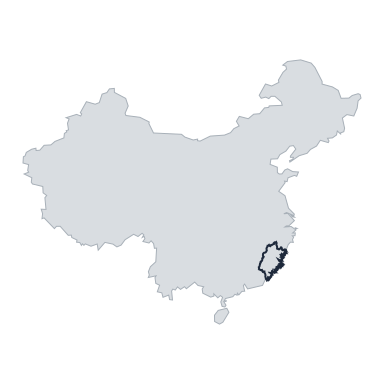 Fujian highlighted on a map of China
{"feature_id": "CHN-1178", "entity_name": "Fujian", "entity_type": "Province", "adm_level": 1, "iso_a3": "CHN", "parent_name": "China", "parent_adm1": "", "projection": "equal_earth", "projection_center": [118.681, 25.949], "detail": "fine", "context": "in_parent", "style": "outline", "palette": "slate", "viewbox_px": 384, "rotation_deg": 0, "n_neighbors": 0, "source": "natural_earth", "source_scale": "10m", "svg_char_len": 9326}
<svg xmlns="http://www.w3.org/2000/svg" viewBox="0 0 384 384"><path d="M210.7,297.1L202.8,293.2L202.2,289.0L203.7,286.7L198.0,285.5L194.7,282.1L186.4,288.7L184.5,286.7L180.5,289.4L177.5,286.9L175.3,290.0L172.8,289.1L171.6,291.0L172.5,300.0L169.6,299.6L168.7,295.1L163.0,297.3L161.8,292.8L157.3,291.8L159.6,285.2L155.8,283.4L155.0,277.6L156.1,275.8L148.3,277.5L149.3,275.0L148.4,271.7L150.4,266.7L155.8,261.8L156.6,248.1L154.4,248.3L153.6,243.6L151.1,240.8L149.0,243.0L142.9,241.5L144.9,238.7L144.2,236.4L142.3,237.4L143.8,234.8L142.1,233.3L138.0,236.5L133.6,234.3L125.1,239.7L121.1,245.1L116.9,246.9L112.9,244.1L104.9,242.4L98.2,250.2L97.2,244.0L91.0,246.2L85.3,243.9L83.9,245.3L82.4,243.8L81.4,245.4L79.8,242.5L76.6,242.2L77.0,240.0L71.8,237.5L71.3,235.1L68.2,235.3L60.2,226.3L56.5,226.3L54.4,228.6L44.1,217.9L42.0,218.7L42.6,213.6L41.2,209.2L46.0,209.4L44.9,197.7L46.7,195.5L43.1,192.8L42.8,186.5L32.5,184.0L31.3,182.2L31.8,177.7L24.1,174.0L28.7,172.2L27.7,170.5L28.6,164.6L23.0,163.0L23.4,156.8L25.1,155.9L26.3,152.4L31.7,149.2L35.9,148.2L36.1,150.5L39.8,150.2L44.1,145.3L50.9,144.9L55.0,141.4L63.9,137.9L64.4,133.4L66.8,131.9L66.2,130.7L68.5,129.9L67.5,123.2L69.1,118.9L66.1,117.7L76.6,114.4L80.7,116.0L81.7,113.9L80.3,112.7L86.4,101.7L95.2,104.2L99.3,102.6L102.1,94.1L106.9,92.6L109.4,88.9L114.3,88.4L114.4,92.4L125.7,98.4L128.2,106.0L125.1,113.2L125.9,115.5L139.9,117.3L149.2,122.0L148.9,123.6L153.5,133.0L181.5,134.3L184.9,137.1L193.2,140.0L197.6,139.1L197.5,140.7L200.1,141.1L210.3,136.1L224.5,135.1L230.5,132.7L233.9,128.6L239.1,126.0L236.4,121.3L239.3,116.4L248.3,118.7L253.7,114.2L259.7,113.7L264.5,107.9L268.7,107.4L269.2,105.9L282.2,105.3L281.4,102.0L274.9,96.3L271.1,96.3L268.8,98.6L265.7,97.1L261.2,98.3L259.2,95.3L265.5,84.0L271.7,86.0L278.9,82.4L278.4,80.1L283.0,72.3L286.5,69.1L285.9,66.1L282.8,65.1L287.5,61.5L300.7,59.9L311.2,63.1L314.9,67.4L322.1,81.4L322.1,84.1L332.4,86.9L338.2,90.4L341.1,98.3L348.9,98.1L352.2,95.5L358.1,93.7L360.1,94.5L361.0,98.1L358.1,100.9L357.1,108.2L353.8,116.0L346.9,114.6L342.4,118.0L344.6,128.3L343.8,131.7L340.3,133.0L341.0,134.4L337.3,131.0L336.5,135.0L332.4,137.9L327.5,138.3L329.0,141.0L328.3,142.6L320.3,140.3L316.5,146.1L310.5,149.4L307.1,153.3L299.2,155.7L289.9,162.1L289.5,160.7L292.7,159.3L293.5,157.3L290.4,157.3L290.4,156.1L295.8,149.1L293.4,145.6L289.7,146.2L285.9,151.1L279.9,154.6L277.5,158.8L270.9,159.1L270.1,164.4L277.3,167.2L277.4,172.6L279.3,174.0L282.0,173.9L284.8,170.0L287.6,168.8L292.7,171.6L298.5,172.0L296.7,176.3L294.4,175.4L288.0,177.8L287.1,181.6L284.5,181.1L285.1,182.7L278.7,191.3L285.0,195.7L288.5,208.2L294.3,214.1L293.9,215.6L286.6,212.5L283.8,213.8L287.8,213.4L294.4,220.6L288.9,225.8L286.3,225.9L284.8,227.0L291.1,226.5L296.0,229.9L292.6,233.0L295.3,232.9L295.0,235.7L292.3,235.8L293.6,237.2L292.5,239.6L293.3,242.4L290.5,242.1L288.2,244.6L284.0,255.6L281.3,254.4L283.1,258.0L280.6,260.3L278.6,259.7L281.5,260.7L281.5,265.6L278.9,265.1L279.5,266.9L277.7,267.0L275.7,271.8L270.8,273.0L272.1,274.8L267.9,280.1L265.2,279.7L262.5,285.4L247.6,288.9L244.6,284.1L243.4,285.6L244.7,291.2L241.9,291.4L238.8,294.9L237.4,293.2L237.1,295.2L234.9,294.3L232.8,296.7L225.5,298.5L223.8,301.7L226.0,305.2L224.9,307.0L222.1,306.4L220.8,301.9L222.6,297.3L220.4,295.6L217.8,297.8L213.8,293.8L213.9,296.1L210.7,297.1ZM226.8,308.3L228.9,312.3L222.9,322.2L219.5,324.1L214.6,321.5L214.5,315.2L218.2,310.4L226.8,308.3ZM294.5,217.2L292.5,216.8L290.7,214.8L292.2,215.2L294.5,217.2ZM297.1,228.4L295.6,228.8L295.3,227.8L297.1,228.4ZM282.8,264.0L282.0,265.2L282.1,263.6L282.8,264.0ZM224.6,301.2L226.1,300.6L226.0,301.5L224.6,301.2Z" fill="#d9dde1" stroke="#a8b0b8" stroke-width="1"/><path d="M286.2,250.3L286.3,251.3L286.0,250.8L285.8,250.7L285.5,250.7L285.7,250.4L285.6,250.2L285.1,250.2L285.2,250.4L285.1,250.5L284.9,250.3L284.8,251.0L285.3,250.6L285.6,251.0L285.8,250.8L285.9,251.0L286.0,251.2L286.3,251.5L286.0,251.5L285.9,251.7L286.1,251.8L285.2,251.6L285.4,252.2L285.1,252.4L285.3,252.7L284.6,252.8L285.2,253.0L285.1,253.4L284.5,253.3L284.3,253.6L284.0,253.5L283.9,254.0L284.5,254.3L284.4,254.7L284.7,254.9L284.4,255.2L284.6,255.5L284.3,255.7L284.2,255.5L283.9,255.8L283.5,255.8L283.4,256.2L283.1,256.5L282.8,256.4L282.9,255.9L283.7,255.5L283.6,255.3L283.8,254.9L284.0,255.0L284.2,254.4L283.3,254.3L283.4,254.6L283.1,255.2L283.2,255.4L282.9,255.5L282.7,255.0L282.6,254.6L282.8,254.4L282.5,254.4L282.6,254.2L282.8,253.9L282.5,254.1L282.3,254.8L282.2,254.7L282.0,254.2L281.9,254.2L281.8,254.6L282.1,255.1L281.5,254.7L281.4,254.3L281.1,254.7L281.1,255.0L281.4,255.1L281.4,255.5L281.0,255.4L281.4,256.1L281.8,255.7L282.2,255.8L282.2,256.0L282.5,256.1L282.4,256.4L282.6,256.6L282.7,257.1L282.5,257.4L282.4,257.4L281.7,256.7L281.2,257.0L281.7,257.2L281.7,257.8L281.9,258.0L282.3,258.1L282.3,257.7L282.4,257.8L282.7,257.3L282.9,257.5L283.5,257.8L283.0,258.2L282.6,258.1L282.5,258.4L282.4,258.3L281.7,258.5L281.8,258.8L281.4,259.3L281.4,259.5L281.2,259.7L280.5,260.8L280.4,260.8L280.3,260.6L279.5,260.3L279.1,259.9L278.4,259.5L278.7,260.0L279.0,260.0L279.3,261.0L279.8,261.1L280.4,261.0L280.9,260.3L281.2,260.3L282.0,260.7L281.8,261.3L281.5,261.6L281.4,261.9L281.3,261.7L281.2,261.7L281.5,262.6L281.3,263.2L281.0,263.1L280.5,263.2L280.8,264.2L281.2,264.2L281.3,264.0L281.2,264.3L281.4,264.5L281.2,264.6L281.4,264.6L281.2,264.8L281.4,264.8L281.6,265.0L281.7,265.6L281.5,265.8L281.3,266.0L281.4,265.7L281.3,265.0L281.0,265.0L281.0,265.4L281.2,265.5L280.7,265.7L280.8,264.9L280.6,264.9L280.5,265.2L280.4,265.0L280.5,264.7L279.9,264.5L280.1,264.0L279.9,263.8L279.6,263.9L279.7,264.0L279.2,264.9L278.4,265.3L278.8,266.1L279.0,265.8L279.1,266.2L278.9,266.4L279.0,266.6L279.3,266.1L279.5,266.1L279.9,266.6L279.9,266.8L279.5,266.8L279.5,267.2L279.3,267.3L279.2,267.2L278.9,267.3L278.7,267.0L278.4,267.3L278.7,267.6L278.4,267.6L278.4,267.8L278.2,267.7L278.3,267.5L278.2,267.4L278.1,267.7L278.2,267.0L277.6,266.9L278.0,266.5L277.1,266.8L277.3,267.0L277.3,267.3L277.5,267.1L277.7,267.3L277.5,267.9L276.9,267.9L276.9,268.1L277.5,268.7L277.8,268.3L277.7,268.8L277.8,269.1L277.7,269.3L277.6,269.1L277.3,269.1L277.3,269.5L277.6,269.6L277.5,269.8L276.6,269.6L276.1,270.0L276.0,269.9L276.2,269.5L276.0,269.2L275.9,269.6L275.8,269.1L275.6,269.4L275.8,269.7L275.2,269.7L275.5,269.9L275.6,270.6L276.0,270.3L276.1,270.6L276.4,270.6L275.9,271.4L275.7,271.2L275.7,271.3L275.6,271.7L275.8,271.9L275.8,272.0L275.5,272.4L275.1,272.6L275.1,272.3L275.3,272.3L274.4,271.7L274.4,271.2L274.2,271.4L274.3,271.8L274.2,271.9L273.9,272.1L273.5,272.0L273.1,272.4L272.9,272.2L273.1,271.8L272.8,271.8L272.9,271.5L272.7,271.2L272.4,272.1L272.0,271.8L272.0,272.3L271.8,272.3L271.8,272.1L271.6,272.3L272.1,272.6L271.8,273.0L271.0,272.8L270.7,272.9L271.2,273.1L270.5,273.0L271.2,273.7L272.0,273.5L271.9,274.2L272.3,274.0L272.5,274.7L272.2,274.7L271.7,275.2L271.6,275.5L271.4,275.1L271.2,275.3L271.4,275.5L271.1,276.1L271.1,276.6L270.8,276.6L270.2,277.6L270.2,277.2L270.6,276.6L270.3,276.7L270.3,276.2L270.3,276.5L270.1,276.5L269.8,276.3L270.0,276.5L269.9,277.2L269.6,277.5L269.5,278.1L269.6,278.5L269.3,278.9L269.3,278.0L269.2,277.6L268.2,277.2L268.2,277.5L268.6,277.5L268.7,277.8L268.5,278.5L268.3,278.6L268.0,278.5L267.7,278.7L267.4,278.6L267.5,278.7L267.3,279.6L267.4,279.8L267.2,280.0L267.1,279.3L267.0,279.5L267.0,279.8L266.8,279.9L265.9,278.9L265.3,276.2L265.5,275.1L265.1,273.7L264.8,273.3L264.7,272.9L264.2,272.5L264.4,271.5L263.7,271.4L262.8,271.8L262.0,270.0L261.4,270.3L261.2,270.0L260.4,270.0L259.9,269.6L259.1,269.4L258.9,269.1L259.1,268.7L258.8,267.2L259.2,266.9L259.6,266.1L259.8,264.7L260.1,264.1L260.0,263.6L260.5,262.6L260.8,262.5L260.6,261.8L260.9,261.4L261.8,261.0L262.2,260.2L262.3,259.6L262.2,258.4L262.9,257.4L263.2,257.7L263.4,257.5L263.6,256.7L263.3,256.6L263.1,256.2L262.9,255.2L263.1,253.7L263.9,252.8L265.4,252.5L266.1,251.8L266.8,250.4L266.6,249.9L266.6,249.3L266.5,248.3L267.2,246.9L267.6,246.5L267.6,245.8L268.0,245.8L269.0,244.9L269.5,245.8L270.3,246.2L270.6,245.9L270.6,245.5L270.7,245.2L271.5,244.9L272.2,244.9L272.7,244.4L274.0,244.0L274.1,243.3L273.9,243.0L274.3,242.6L274.5,242.4L274.9,242.6L275.4,242.3L275.9,242.4L276.2,242.1L276.6,243.0L276.4,243.3L276.5,243.6L276.3,243.9L276.3,244.9L276.7,245.4L277.1,246.9L277.1,247.3L277.3,248.3L277.1,248.5L277.2,248.8L278.4,249.0L278.7,249.3L279.3,249.3L280.0,248.6L280.5,248.5L280.9,247.4L281.4,247.4L281.5,247.5L281.4,247.9L281.6,248.0L281.9,248.6L281.9,249.3L282.4,250.2L283.3,250.1L283.7,249.8L284.1,250.0L284.6,249.5L285.1,249.4L285.9,249.8L286.2,250.3ZM282.9,264.4L282.7,264.3L282.6,264.6L282.9,265.0L282.4,265.1L282.4,265.5L282.0,265.2L282.1,264.8L281.8,264.8L282.5,264.5L282.2,264.5L282.2,264.0L282.0,263.9L282.4,263.4L282.5,263.4L282.6,263.9L282.8,264.0L282.7,264.1L283.1,264.3L282.9,264.4ZM268.0,278.7L268.9,278.9L268.6,279.1L268.6,279.5L268.3,279.7L268.3,280.2L267.7,280.3L268.1,279.4L267.8,279.3L268.0,279.0L268.0,278.7ZM272.3,272.3L272.9,272.5L272.9,272.8L272.6,273.3L272.2,273.1L272.4,272.9L272.2,272.8L272.3,272.3ZM279.3,260.3L280.2,260.7L280.2,260.9L280.1,261.0L279.3,260.7L279.1,259.9L279.3,260.3ZM279.9,264.2L279.8,265.2L279.6,265.3L279.5,264.8L279.6,264.3L279.9,264.2ZM280.9,267.0L281.2,267.1L281.0,267.4L280.9,267.1L280.6,267.1L280.5,266.9L280.6,266.7L280.9,267.0ZM281.4,259.7L281.7,260.1L281.1,259.9L281.4,259.7ZM285.7,253.2L285.8,252.9L286.1,253.2L285.7,253.2Z" fill="none" stroke="#1e293b" stroke-width="2"/></svg>